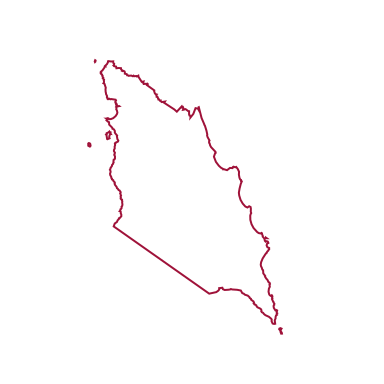 outline of Mulegé, Baja California Sur, Mexico, rotated 215°
{"feature_id": "50627088B42796639886072", "entity_name": "Mulegé", "entity_type": "district", "adm_level": 2, "iso_a3": "MEX", "parent_name": "Mexico", "parent_adm1": "Baja California Sur", "projection": "orthographic", "projection_center": [-113.158, 27.203], "detail": "fine", "context": "isolated", "style": "outline", "palette": "rose", "viewbox_px": 384, "rotation_deg": 215, "n_neighbors": 0, "source": "geoboundaries", "source_scale": "gbopen_adm2", "svg_char_len": 6059}
<svg xmlns="http://www.w3.org/2000/svg" viewBox="0 0 384 384"><g transform="rotate(215 192 192)"><path d="M119.6,118.6L114.7,123.9L113.9,126.1L113.8,127.1L113.9,128.0L114.6,128.8L112.2,131.0L110.9,130.1L109.0,130.5L106.0,132.9L104.7,134.2L104.5,134.8L103.2,135.2L98.9,137.8L95.5,139.3L92.8,138.0L91.3,138.4L89.8,138.2L86.9,139.1L84.6,138.8L83.9,138.3L82.4,138.3L81.8,137.7L78.8,137.6L77.7,136.9L77.7,136.2L76.2,135.7L75.7,136.1L74.2,136.0L73.5,135.4L72.2,135.1L69.5,135.6L68.0,135.5L67.0,134.6L66.8,134.0L65.8,133.6L64.5,133.8L62.9,133.3L61.2,133.2L57.4,133.9L54.4,133.6L53.6,133.3L52.7,131.8L50.5,130.5L49.1,131.0L48.3,131.8L50.6,134.3L51.1,136.6L51.8,137.4L52.3,138.9L52.0,139.9L52.3,139.9L52.8,140.9L52.7,141.6L53.3,141.7L53.7,142.1L54.3,143.8L54.9,143.8L55.0,143.1L55.6,142.8L58.5,144.0L59.8,145.4L60.0,146.1L59.9,146.7L60.2,146.9L60.4,147.7L61.9,148.3L62.2,148.7L62.6,148.7L65.1,150.2L65.0,150.8L65.8,151.3L66.0,152.3L67.0,153.2L67.3,153.2L67.2,152.5L67.6,152.1L69.2,152.1L70.0,152.4L72.1,154.2L73.6,157.0L73.9,159.0L75.2,160.4L75.3,161.1L75.7,161.1L75.9,161.9L76.6,162.2L77.7,162.1L80.0,163.4L81.4,163.6L83.5,164.5L83.8,165.1L84.2,165.1L84.4,165.4L86.9,166.2L88.9,168.7L89.9,168.8L91.4,170.0L92.9,170.8L94.0,171.9L95.1,174.1L96.0,178.1L96.2,182.8L96.2,184.3L95.9,184.6L96.2,186.4L95.9,187.6L96.1,188.7L95.9,189.3L96.7,190.4L98.5,190.0L100.2,191.0L100.8,192.4L100.8,193.0L100.2,194.0L100.5,194.3L101.0,194.6L101.3,194.4L101.8,194.8L103.2,194.2L103.3,193.6L104.3,193.8L106.1,195.4L108.5,196.0L109.0,196.8L110.0,197.3L111.3,198.6L111.4,199.1L111.8,197.5L113.8,196.6L115.8,196.6L120.9,197.8L124.8,199.8L128.2,202.6L130.7,206.0L131.3,207.6L131.4,208.7L132.5,209.5L134.2,212.1L135.4,213.3L137.0,213.1L137.7,211.1L140.0,210.7L143.8,211.6L147.7,213.4L151.3,216.2L153.2,218.3L155.0,222.1L156.7,226.6L157.3,229.2L158.0,229.0L158.8,230.0L159.7,229.9L161.3,230.9L163.6,233.2L165.1,235.6L167.7,237.1L170.2,237.9L170.7,237.1L172.6,236.5L172.8,235.9L172.5,235.6L172.5,234.8L174.7,233.5L175.8,230.0L179.1,228.9L179.5,228.4L180.1,228.7L182.1,228.5L185.1,228.9L189.7,230.4L194.3,233.5L195.4,237.3L195.1,237.6L195.4,238.1L195.9,238.4L202.1,239.7L203.9,240.6L205.4,241.9L206.2,242.1L207.2,243.6L207.2,244.2L210.7,245.9L212.1,247.0L212.5,247.9L215.3,250.5L219.4,253.7L220.6,254.2L220.8,254.5L226.6,258.1L235.1,265.4L235.2,265.2L234.8,264.8L232.5,262.9L232.5,262.5L234.9,263.7L237.2,262.7L235.7,256.7L236.0,252.2L236.6,253.3L238.0,253.2L238.5,253.9L239.0,254.0L240.7,256.5L241.5,256.1L244.8,256.2L245.4,255.8L245.7,255.0L246.5,254.2L246.7,255.0L247.5,256.0L248.0,256.3L248.1,256.0L247.6,255.7L248.5,255.4L248.7,256.0L249.5,256.4L250.5,249.1L253.9,249.5L266.1,249.1L266.1,250.5L268.4,248.3L269.8,248.5L270.1,248.9L270.5,248.4L271.8,248.8L272.6,248.5L273.0,249.2L273.6,249.2L274.4,250.0L275.0,250.1L275.6,249.7L276.5,250.8L277.1,251.0L277.0,251.6L278.0,251.3L279.0,251.5L281.1,253.1L281.2,253.6L290.1,253.7L290.1,255.0L290.8,255.1L291.2,254.2L291.8,254.2L293.5,252.8L294.1,253.4L294.8,253.4L295.1,254.7L296.4,253.4L301.8,255.6L302.7,256.5L303.4,255.0L304.1,255.1L305.6,253.8L306.6,253.8L306.8,252.9L308.6,252.5L310.6,250.8L311.2,250.9L312.1,250.4L313.0,251.1L314.9,250.4L315.8,251.7L316.5,252.1L317.7,251.9L318.2,251.2L318.8,251.1L318.8,251.6L320.4,251.8L321.2,252.7L323.2,251.5L324.9,250.0L326.1,251.2L328.0,250.4L328.7,250.6L328.5,250.9L329.3,252.4L330.1,252.4L331.3,253.4L331.5,253.8L333.1,252.5L335.5,251.3L335.8,250.9L335.3,250.2L335.0,248.1L335.5,245.2L335.2,245.1L335.5,244.9L335.1,243.8L335.1,240.3L335.6,238.3L335.6,237.8L334.8,237.6L334.7,236.9L334.2,237.0L333.9,236.5L332.9,236.5L332.6,236.1L331.8,235.9L331.5,235.1L330.2,234.7L330.2,233.9L328.5,233.6L328.3,232.8L327.8,232.5L326.8,231.0L326.9,230.3L325.7,230.4L322.4,227.9L321.9,226.7L320.1,224.4L319.2,223.7L318.7,223.0L316.5,221.8L316.2,220.9L315.7,220.5L315.2,220.6L314.5,219.8L314.0,219.8L313.2,221.0L312.1,221.1L311.5,221.8L307.5,223.8L306.7,223.4L306.6,222.0L306.4,221.6L304.5,221.0L303.6,220.4L303.2,219.6L301.7,219.9L301.0,220.6L300.9,220.6L301.8,219.7L303.0,219.2L303.0,219.4L303.4,219.4L303.0,219.1L303.0,218.2L302.4,218.2L301.4,216.2L300.4,215.8L298.7,214.3L298.2,212.9L298.1,210.4L298.9,207.3L300.2,205.3L301.8,204.0L302.7,204.4L303.7,203.9L303.6,203.3L303.9,203.1L303.6,203.1L303.1,202.6L303.2,201.7L301.3,201.4L300.0,201.6L298.5,199.7L294.1,198.9L293.5,198.2L292.0,198.5L290.7,198.0L290.1,197.6L289.4,196.5L288.4,196.0L285.7,195.3L285.6,194.7L283.4,192.5L281.8,191.8L281.6,190.8L283.0,188.4L282.6,187.9L282.9,187.4L281.8,186.2L281.4,184.8L280.3,183.4L280.0,181.6L279.4,180.7L277.7,180.0L277.4,179.3L277.8,179.5L277.2,178.9L277.0,177.8L275.6,177.1L274.3,175.2L274.2,174.3L274.7,173.6L274.0,172.1L273.1,171.2L273.1,170.6L273.5,170.8L272.8,169.8L273.0,168.3L272.5,167.4L272.5,164.9L272.2,164.5L272.0,163.1L271.5,163.0L270.2,161.8L269.6,159.9L268.6,158.9L267.0,158.2L266.1,157.2L265.3,157.1L264.8,156.4L263.3,156.5L262.4,155.8L260.8,155.6L260.2,154.9L260.2,154.4L259.2,153.7L256.6,152.9L255.7,152.1L254.7,152.1L253.2,151.5L252.2,151.7L250.4,151.0L250.0,150.4L250.1,149.7L248.1,148.4L248.1,147.6L247.2,146.9L247.0,146.0L246.4,145.5L245.0,145.6L244.8,145.0L243.8,144.5L243.4,143.6L241.7,141.7L241.2,140.5L241.3,139.5L240.5,138.6L240.4,137.4L240.7,136.8L240.1,135.5L240.2,134.9L239.5,135.1L238.9,134.8L238.3,133.8L237.0,133.0L236.0,131.6L236.3,129.0L236.7,128.8L236.8,128.4L236.4,127.7L236.7,126.2L236.3,124.4L237.2,121.9L236.4,118.9L119.6,118.6ZM294.5,189.4L291.9,186.7L291.6,186.7L290.3,188.7L291.2,189.3L291.9,190.7L292.3,192.8L292.1,192.9L292.4,193.0L292.3,193.4L293.0,194.2L293.9,193.6L294.4,194.0L294.8,192.5L295.6,191.3L295.0,190.5L295.4,189.8L294.5,189.4ZM303.5,170.4L301.7,170.6L301.5,171.0L301.7,171.8L302.9,173.0L303.8,173.2L304.6,172.9L304.8,172.2L303.5,170.4ZM39.3,128.2L37.7,127.1L37.1,127.6L37.7,128.2L39.7,129.0L40.4,130.1L40.2,130.5L40.6,130.8L40.5,131.4L41.5,131.2L42.1,130.2L41.9,129.6L40.1,129.1L39.3,128.2ZM346.0,242.8L345.9,243.3L346.4,244.4L346.9,244.4L346.6,243.2L346.0,242.8ZM105.3,197.0L105.0,196.5L104.3,197.0L105.3,197.0Z" fill="none" stroke="#9f1239" stroke-width="2"/></g></svg>